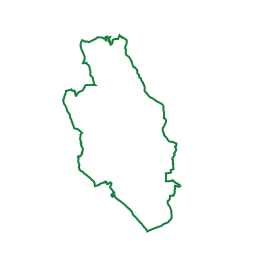 Zimbor, Salaj, Romania, rotated 221°
{"feature_id": "2599482B6339690453814", "entity_name": "Zimbor", "entity_type": "district", "adm_level": 2, "iso_a3": "ROU", "parent_name": "Romania", "parent_adm1": "Salaj", "projection": "orthographic", "projection_center": [23.305, 46.975], "detail": "fine", "context": "isolated", "style": "outline", "palette": "green", "viewbox_px": 256, "rotation_deg": 221, "n_neighbors": 0, "source": "geoboundaries", "source_scale": "gbopen_adm2", "svg_char_len": 5750}
<svg xmlns="http://www.w3.org/2000/svg" viewBox="0 0 256 256"><g transform="rotate(221 128 128)"><path d="M220.3,164.1L220.1,163.3L219.5,162.1L219.4,161.5L219.0,160.4L218.7,160.0L217.9,159.3L217.5,158.6L215.6,157.5L213.8,156.3L212.1,155.8L208.7,153.9L207.7,153.5L207.2,153.1L206.2,152.0L205.5,150.6L205.3,149.5L204.8,148.6L204.5,147.4L203.2,148.5L202.7,149.7L202.1,149.9L200.8,149.4L200.3,149.5L198.9,149.5L198.1,149.3L196.0,147.9L195.0,146.9L193.7,146.2L192.7,145.3L192.4,144.9L192.3,144.4L191.0,143.1L188.1,143.0L187.2,142.5L185.4,141.0L183.8,140.1L182.2,138.9L181.0,138.9L183.2,137.0L183.8,136.8L185.9,134.4L187.0,133.7L188.0,132.6L188.1,132.0L187.5,130.2L187.4,129.9L187.6,129.5L187.3,129.1L186.9,127.0L186.9,126.6L188.7,122.7L188.6,122.1L188.8,120.7L188.7,120.0L188.2,118.9L188.3,118.3L188.6,118.1L189.0,118.5L189.5,118.5L189.7,118.9L191.0,120.0L191.4,120.1L191.6,120.7L191.9,120.6L193.3,121.0L193.7,120.0L194.7,119.5L195.1,119.5L195.5,119.9L196.1,120.0L196.4,119.1L196.9,118.6L197.2,117.8L198.4,116.4L199.1,115.3L198.1,113.9L197.6,112.8L197.4,111.9L197.1,111.2L197.1,110.9L196.6,110.1L196.4,109.4L195.8,108.8L195.8,107.6L195.4,107.3L195.0,106.3L194.9,106.2L194.8,106.4L193.7,105.3L192.6,104.5L189.2,103.5L188.2,103.1L186.3,101.8L184.6,100.8L180.9,100.0L177.9,97.6L176.5,97.3L175.7,96.7L174.5,96.1L174.1,95.6L173.0,95.3L172.3,94.6L171.1,94.3L170.1,93.4L169.8,93.4L168.4,92.5L165.1,94.2L159.5,94.2L159.6,92.0L159.3,91.7L158.6,90.8L156.9,88.2L154.8,86.9L154.4,86.8L154.2,86.4L153.7,86.2L153.4,85.2L152.9,85.4L152.6,84.9L152.1,84.6L151.8,84.0L151.4,83.8L149.7,83.4L149.0,83.1L147.4,81.4L147.3,80.9L146.8,80.2L146.7,79.4L146.4,79.1L146.5,78.8L145.8,78.6L145.9,78.2L145.8,77.8L145.7,77.2L145.4,76.7L145.7,75.7L145.6,74.7L146.2,74.2L146.9,74.3L147.1,74.0L146.7,73.1L145.1,72.3L143.6,69.9L140.7,68.5L139.8,66.9L139.3,66.3L139.3,66.0L138.3,65.6L138.0,65.1L135.8,64.5L135.5,64.5L135.1,64.9L133.5,65.1L133.1,65.3L131.6,65.0L130.4,65.0L127.6,65.4L126.9,65.2L123.8,65.5L122.1,65.0L120.8,65.3L118.3,65.1L117.4,64.7L117.3,64.4L116.8,63.9L116.6,63.9L115.8,63.1L115.1,63.0L114.8,62.5L114.4,62.9L113.5,64.4L113.4,65.1L112.5,65.8L112.3,66.8L112.3,67.2L112.5,67.5L112.4,67.8L111.4,69.3L110.9,70.4L110.3,71.0L110.3,71.4L110.0,71.6L110.0,72.6L109.9,72.9L109.7,73.1L108.5,73.1L108.4,73.0L108.4,72.6L107.7,72.1L107.2,72.0L106.7,72.2L106.2,72.5L106.1,73.0L106.0,75.0L105.7,75.4L104.9,75.5L104.2,75.4L103.7,74.8L102.6,71.4L95.9,70.2L96.0,69.1L96.5,69.2L96.8,66.9L95.8,66.6L95.8,66.0L95.0,65.9L94.9,66.3L94.5,66.2L94.2,68.5L93.5,68.0L91.3,67.1L89.6,67.4L88.1,67.4L85.1,67.8L83.7,67.8L81.3,68.0L80.2,67.9L79.2,68.0L78.0,67.6L77.3,67.8L75.9,67.8L75.2,67.6L72.8,67.9L71.7,67.5L70.5,67.5L69.7,67.2L69.0,66.5L67.8,66.2L66.8,65.7L65.3,65.6L64.6,65.8L56.7,64.6L56.0,64.8L55.0,64.8L53.7,64.3L52.0,64.1L51.0,63.7L49.0,63.7L47.7,63.3L46.7,63.2L45.5,62.6L44.5,65.2L44.0,66.1L42.4,69.3L41.0,71.8L40.6,72.8L40.5,73.2L40.0,73.5L38.6,75.9L38.2,78.4L37.2,80.7L36.6,81.5L35.8,83.1L35.8,83.7L36.1,85.0L35.7,87.1L36.3,89.2L41.4,94.2L44.2,95.7L45.8,96.3L47.7,96.7L48.6,97.2L50.1,98.8L50.1,99.8L49.6,100.3L49.8,101.4L50.0,102.0L51.7,104.3L50.7,105.6L49.6,106.3L49.5,106.5L50.0,107.5L49.4,108.0L50.0,109.1L50.3,109.5L50.8,110.7L51.8,111.1L51.9,111.3L52.6,113.0L53.4,114.0L53.8,114.0L54.1,114.3L54.6,115.2L54.4,115.6L54.0,115.6L51.3,116.8L51.1,117.2L50.7,117.5L50.5,117.8L50.4,118.4L52.0,119.0L53.1,118.3L54.1,118.5L54.6,118.1L55.6,118.1L56.6,117.7L57.1,117.8L57.1,118.0L57.6,118.1L58.5,117.6L59.1,117.7L59.5,117.4L59.9,117.9L60.4,117.4L61.0,116.1L62.5,114.3L64.5,112.7L68.0,116.9L69.3,118.3L69.7,118.6L68.7,119.3L68.3,120.2L67.8,120.9L66.5,122.2L66.3,122.8L68.2,124.3L66.7,126.9L67.0,127.0L68.3,128.5L69.6,129.4L70.0,130.0L70.1,130.5L71.1,130.7L71.3,131.3L72.4,132.2L72.4,132.8L72.6,133.1L73.6,133.4L73.7,133.7L74.4,133.7L74.6,134.2L74.7,135.2L74.9,136.4L74.9,137.0L75.3,137.6L75.1,138.3L75.7,138.8L76.5,138.9L76.6,140.1L76.6,140.9L76.8,141.1L77.0,142.4L77.5,143.4L77.9,143.7L80.3,144.7L79.9,145.5L79.8,145.9L80.4,146.5L80.6,147.5L81.3,148.1L84.1,147.1L85.2,147.0L86.2,145.9L87.7,145.1L88.3,145.0L89.7,145.0L91.3,145.6L93.2,146.1L95.5,146.1L96.2,146.3L96.5,147.0L99.5,148.4L101.0,149.9L101.3,150.5L101.7,150.8L101.8,152.7L102.5,154.7L102.7,155.8L103.2,157.3L103.8,158.2L105.3,159.1L106.1,159.3L107.4,158.9L107.9,159.5L108.1,160.2L110.0,162.1L110.9,163.4L112.7,164.4L114.4,166.5L115.7,167.8L116.5,168.1L118.4,168.3L122.5,167.4L123.0,167.2L124.2,166.9L125.3,167.0L126.1,166.8L127.9,166.7L131.8,165.7L133.9,165.8L134.9,166.3L136.0,166.1L137.5,166.8L138.7,166.6L140.2,167.1L140.5,167.8L142.3,169.9L143.1,170.2L144.6,171.3L145.7,171.3L146.6,172.2L149.0,172.5L149.7,173.0L150.0,173.5L150.9,173.9L152.9,173.7L154.1,175.2L156.0,175.4L157.1,175.7L157.7,176.1L159.1,177.8L159.9,177.8L160.8,178.1L161.8,178.0L162.5,178.3L163.2,178.1L163.7,177.6L165.0,178.1L167.1,179.4L167.8,179.9L168.5,180.6L169.8,180.6L170.5,181.2L171.2,181.5L174.0,182.3L177.2,182.0L178.2,182.3L179.8,184.2L180.3,185.1L180.7,185.5L182.4,186.3L183.3,187.3L183.7,188.8L184.5,190.9L185.9,192.8L186.6,193.4L187.2,193.5L188.1,193.1L189.0,193.3L189.5,193.1L191.9,192.9L191.9,192.1L195.3,192.5L193.9,188.7L195.0,187.7L196.4,186.5L197.2,184.6L196.9,183.9L195.7,182.2L195.4,181.5L195.6,179.6L195.9,179.5L196.6,179.6L197.0,180.5L197.6,180.8L198.0,181.3L198.3,180.8L198.6,180.6L199.0,181.0L198.6,181.3L199.5,181.9L199.5,181.1L200.0,180.9L200.4,181.5L201.2,184.7L202.1,183.2L203.0,183.1L203.7,183.4L204.1,182.7L202.3,180.4L202.1,179.6L202.4,179.5L203.1,180.1L203.9,181.2L204.4,181.4L204.3,180.5L205.0,179.5L206.5,179.6L210.0,176.9L210.6,176.3L210.5,176.1L210.6,174.8L211.6,172.6L211.6,172.4L211.8,172.1L213.8,167.1L215.3,166.6L216.0,166.0L216.4,165.9L217.0,164.9L218.6,164.8L220.3,164.1Z" fill="none" stroke="#15803d" stroke-width="2"/></g></svg>